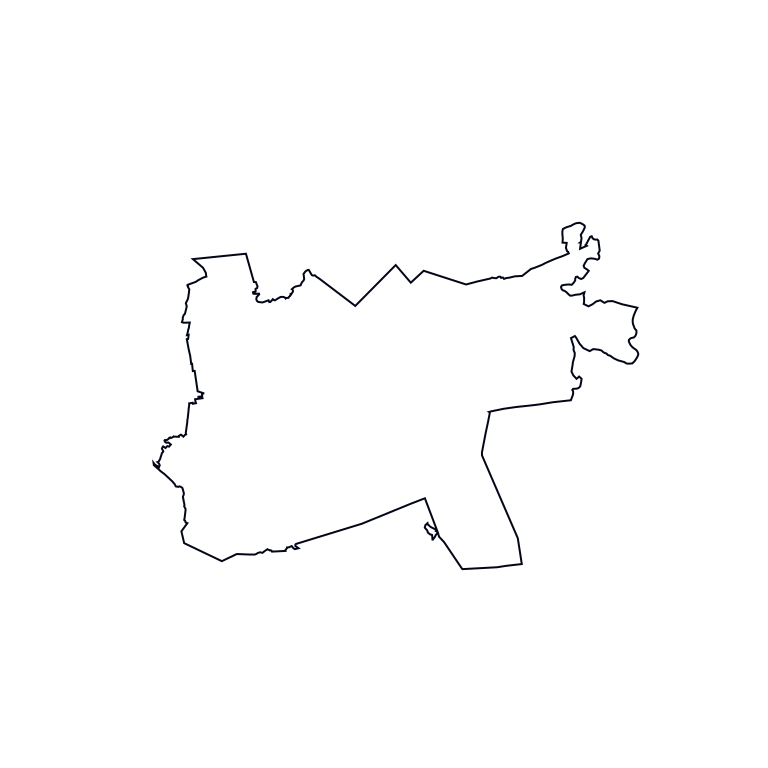 Tetecala, Morelos, Mexico (orthographic projection), rotated 224°
{"feature_id": "50627088B24263329941793", "entity_name": "Tetecala", "entity_type": "district", "adm_level": 2, "iso_a3": "MEX", "parent_name": "Mexico", "parent_adm1": "Morelos", "projection": "orthographic", "projection_center": [-99.406, 18.688], "detail": "fine", "context": "isolated", "style": "outline", "palette": "ink", "viewbox_px": 768, "rotation_deg": 224, "n_neighbors": 0, "source": "geoboundaries", "source_scale": "gbopen_adm2", "svg_char_len": 6142}
<svg xmlns="http://www.w3.org/2000/svg" viewBox="0 0 768 768"><g transform="rotate(224 384 384)"><path d="M388.0,522.7L394.1,512.6L434.1,493.0L435.1,475.5L458.2,477.7L458.9,420.2L503.3,414.9L507.2,414.2L509.3,414.2L509.7,413.4L510.7,412.5L511.6,412.2L517.4,413.8L518.0,413.2L518.6,411.2L518.7,409.9L518.3,407.2L516.8,406.1L514.2,403.9L513.7,402.4L513.7,400.4L513.2,398.6L512.5,397.0L515.4,392.6L516.0,390.6L516.1,388.3L515.8,388.4L514.4,388.0L514.0,387.6L513.7,387.1L513.4,386.1L513.3,384.9L513.0,383.7L513.6,383.6L512.7,382.2L512.9,380.6L512.6,379.6L514.3,377.7L514.2,377.2L515.6,377.3L516.7,376.8L517.6,376.1L518.8,374.8L519.5,372.7L520.6,368.4L521.3,367.9L522.9,367.8L522.7,365.8L522.8,364.0L523.3,363.8L523.5,363.3L525.2,364.0L527.5,359.3L528.2,358.1L531.6,355.6L532.5,355.6L533.1,355.5L533.8,355.8L534.8,356.3L535.4,357.2L535.7,357.9L536.0,358.1L536.0,360.3L536.0,361.3L536.2,362.0L536.6,362.2L537.0,361.9L539.0,359.6L540.7,358.2L541.1,358.4L542.0,359.0L541.8,359.6L540.7,360.4L540.6,361.3L540.8,361.7L541.5,362.1L542.5,363.3L541.9,364.9L542.7,366.2L543.1,366.6L544.2,366.9L545.8,367.8L547.0,368.3L548.4,367.0L573.8,381.8L608.2,341.1L594.9,341.9L589.4,340.2L586.8,338.1L586.4,337.9L588.0,334.9L589.7,329.8L590.4,326.5L590.7,326.0L594.2,318.8L594.0,318.4L592.8,318.1L592.7,317.7L589.8,316.8L587.7,314.1L584.7,309.9L583.8,308.1L582.9,305.1L582.7,304.5L581.9,304.0L580.0,303.0L579.3,302.0L575.9,296.1L576.0,294.8L575.4,293.0L574.9,292.0L573.7,290.8L572.3,288.1L570.6,289.0L566.4,293.3L564.7,290.6L563.6,289.2L562.2,286.5L561.2,285.1L559.7,282.3L558.7,283.7L556.2,280.3L557.0,279.3L550.2,274.4L545.9,271.5L543.2,269.8L536.6,264.5L536.1,265.2L530.5,260.5L529.3,261.9L513.0,249.3L506.8,252.3L508.2,250.6L506.2,248.8L508.6,245.9L508.0,245.3L505.4,248.1L504.7,247.7L509.3,241.8L507.4,240.4L505.9,239.6L507.8,237.0L508.6,237.6L510.7,234.7L510.0,234.1L509.2,233.1L506.8,229.8L506.6,229.7L501.3,222.9L500.3,221.3L499.3,220.3L492.6,211.1L491.3,210.3L491.9,209.1L491.7,206.8L494.9,206.5L495.5,204.3L494.9,203.5L498.7,200.1L498.9,200.1L499.0,199.0L499.9,197.0L500.7,197.0L501.0,196.4L501.1,196.1L500.8,195.1L501.1,194.0L501.2,192.9L502.7,191.4L502.7,191.0L502.5,190.7L501.0,190.3L499.8,190.6L499.3,191.0L498.6,192.0L498.2,192.2L495.3,192.4L495.1,189.6L496.7,188.8L496.8,188.4L496.7,186.2L499.5,185.7L499.4,184.5L498.8,183.2L496.0,182.3L495.7,181.5L495.8,180.0L494.8,178.3L493.7,175.9L493.0,174.7L492.3,171.9L492.4,170.8L492.6,170.5L490.6,170.5L488.9,169.8L488.1,167.9L488.7,168.0L491.8,167.0L493.1,166.9L495.0,167.2L493.1,165.7L491.1,165.9L489.3,165.9L487.5,166.1L484.1,166.1L479.3,166.7L468.6,166.9L464.7,166.5L462.7,165.7L460.5,167.1L460.2,168.1L459.0,168.8L457.5,169.1L456.6,169.1L452.1,166.4L451.2,165.3L450.4,163.3L449.6,162.5L448.6,162.1L447.9,161.3L446.8,160.8L446.4,160.3L445.4,159.8L444.7,159.2L443.4,158.3L442.8,157.2L440.0,156.3L439.2,155.5L438.2,154.2L434.2,148.9L433.3,147.4L431.9,147.4L430.5,146.6L430.1,146.7L428.8,147.3L427.4,137.3L417.2,130.7L377.6,143.9L371.8,159.4L362.2,168.0L358.4,171.7L358.0,172.5L357.3,174.9L356.4,176.6L356.0,177.0L354.1,178.2L353.8,180.7L353.1,184.1L352.8,184.1L350.9,185.0L350.5,185.0L350.4,185.4L349.1,186.0L348.2,185.6L347.8,186.0L338.9,195.5L339.5,195.9L339.8,198.6L340.2,199.0L338.9,200.6L337.8,203.3L335.0,202.9L333.3,203.4L331.4,206.5L335.3,205.9L336.2,207.0L336.2,207.8L302.8,268.2L281.9,315.7L275.2,330.2L242.8,314.9L244.4,314.3L244.5,315.2L247.2,314.8L250.9,313.6L255.0,313.4L256.0,314.1L256.2,311.3L254.9,309.0L251.2,308.7L249.2,307.6L246.5,307.8L244.6,308.8L242.6,307.2L240.5,305.2L240.8,306.1L241.2,309.6L241.8,311.0L242.1,314.5L238.3,312.4L230.9,312.0L208.0,307.1L199.4,305.3L199.2,305.4L198.9,305.4L175.3,330.8L170.1,337.7L159.8,350.2L180.6,366.0L263.9,400.7L266.0,402.8L276.2,418.4L283.2,429.6L288.1,437.1L289.0,436.9L288.1,438.5L280.7,449.3L277.9,452.9L273.0,459.2L262.7,471.5L257.7,477.7L250.0,488.0L238.3,502.1L240.2,506.6L240.9,508.0L242.2,509.5L243.1,510.2L244.4,510.5L244.6,511.9L242.5,514.1L241.6,515.4L241.2,517.0L241.2,518.6L243.1,521.7L245.5,525.0L248.8,524.9L249.1,521.5L253.8,521.7L257.8,523.2L262.2,529.6L263.1,530.6L266.2,536.4L268.3,538.8L271.4,540.2L273.2,542.4L281.4,546.9L280.0,551.1L277.9,550.8L271.6,548.9L265.6,548.3L258.9,550.5L257.7,554.5L253.7,557.6L250.8,559.2L248.7,559.2L246.8,559.6L245.6,560.3L244.6,560.5L243.5,560.3L242.5,560.6L240.8,561.5L236.9,562.0L232.1,563.6L226.4,566.7L223.8,567.2L222.0,568.7L219.7,571.3L219.6,574.5L220.0,577.0L220.6,579.4L221.2,581.2L222.1,582.4L224.2,583.4L226.3,583.7L230.0,583.1L231.6,583.1L233.7,583.3L236.1,584.1L237.6,584.8L238.4,585.7L238.4,587.9L238.0,588.9L236.6,591.0L236.6,593.3L237.3,595.1L238.4,596.7L239.7,597.9L241.1,597.9L242.6,598.2L246.3,600.0L248.0,601.2L249.9,603.2L251.8,606.5L253.6,611.0L254.7,614.9L268.2,606.7L277.2,602.4L280.6,598.8L281.8,595.5L286.5,594.5L288.7,590.8L289.4,586.1L290.9,581.9L295.9,580.3L297.4,582.4L300.1,585.2L301.9,586.3L303.5,589.2L305.4,584.6L308.5,580.9L309.9,578.5L311.4,576.9L313.5,576.7L316.4,576.8L318.9,576.4L320.5,575.6L322.3,575.7L324.1,576.8L324.5,578.5L322.8,581.0L320.1,584.1L317.9,585.7L317.9,588.5L318.4,591.3L319.7,592.7L320.3,594.3L319.5,595.5L317.3,595.6L315.1,596.5L314.3,598.7L315.3,607.6L317.1,607.5L320.7,606.8L322.6,607.8L323.4,610.5L324.4,615.2L322.4,618.2L319.3,620.5L316.9,621.6L316.4,623.6L317.9,625.6L320.6,626.6L321.5,629.8L329.3,636.0L330.9,636.1L332.1,634.8L333.8,633.8L335.8,633.9L337.1,634.6L337.5,634.3L337.9,632.7L337.5,631.7L337.0,629.7L335.7,625.4L335.6,624.1L334.1,624.3L336.9,617.5L340.6,622.5L341.2,622.0L341.0,623.1L343.3,626.2L346.1,628.0L346.9,632.0L348.2,635.9L349.1,636.8L349.7,637.3L352.0,637.0L355.0,636.1L357.3,633.4L358.0,632.0L358.9,629.6L359.4,627.6L361.6,623.6L363.0,619.8L361.7,617.7L359.8,615.7L356.5,612.9L353.8,609.7L350.6,612.4L347.7,608.3L344.5,606.7L343.4,607.0L341.8,606.3L344.4,600.0L345.8,597.2L347.7,593.3L350.0,587.9L351.9,583.2L353.1,579.5L356.3,572.4L358.2,568.8L359.7,557.7L364.7,552.3L365.0,551.8L367.7,547.6L369.5,545.3L370.7,543.0L372.1,543.3L372.6,543.0L373.5,541.7L374.6,542.0L375.0,541.9L376.1,540.7L376.7,538.1L378.5,536.6L380.2,535.6L380.7,533.9L388.0,522.7Z" fill="none" stroke="#020617" stroke-width="2"/></g></svg>